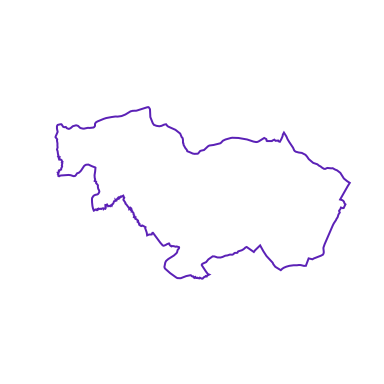 Ko Chan, Chon Buri, Thailand (Robinson projection), rotated 199°
{"feature_id": "78962969B17576291228929", "entity_name": "Ko Chan", "entity_type": "district", "adm_level": 2, "iso_a3": "THA", "parent_name": "Thailand", "parent_adm1": "Chon Buri", "projection": "robinson", "projection_center": [101.432, 13.403], "detail": "fine", "context": "isolated", "style": "outline", "palette": "violet", "viewbox_px": 384, "rotation_deg": 199, "n_neighbors": 0, "source": "geoboundaries", "source_scale": "gbopen_adm2", "svg_char_len": 6103}
<svg xmlns="http://www.w3.org/2000/svg" viewBox="0 0 384 384"><g transform="rotate(199 192 192)"><path d="M339.3,212.7L340.8,211.7L341.0,211.2L341.1,210.2L340.3,207.9L338.6,205.1L339.0,200.0L338.9,199.4L336.6,197.9L336.4,196.6L335.1,194.3L334.3,191.9L333.6,190.4L333.5,188.2L332.4,186.9L331.0,184.1L330.2,183.1L330.3,182.2L329.6,182.0L329.5,181.5L328.8,181.7L328.9,181.3L328.6,181.1L328.9,180.8L328.7,180.2L328.1,179.4L326.5,179.9L325.6,179.6L325.0,178.8L324.3,178.4L324.6,177.3L324.0,177.0L323.7,174.6L323.2,174.2L323.1,173.6L323.3,172.4L323.2,171.4L323.3,170.9L323.1,170.6L324.0,169.8L324.2,169.3L324.9,169.0L324.8,168.3L324.4,167.9L324.7,167.6L324.5,166.7L325.0,166.5L324.4,166.0L324.6,165.3L324.2,165.1L324.0,164.5L323.5,164.3L323.5,163.7L322.8,163.6L322.0,164.5L321.2,165.0L314.1,168.0L312.1,168.4L309.3,168.4L308.0,168.9L307.4,169.8L306.7,172.3L305.3,173.3L304.4,174.9L303.9,176.0L302.5,181.4L301.8,182.5L301.0,183.3L298.9,184.2L295.0,183.8L291.4,183.7L291.2,183.6L290.3,180.0L289.6,176.1L288.6,173.7L287.7,172.5L287.6,170.7L286.0,170.6L285.5,169.1L283.6,168.1L283.0,167.4L282.7,166.2L281.7,164.5L280.4,163.3L279.7,162.1L279.8,160.8L280.2,159.5L280.7,158.9L282.5,157.8L283.5,156.8L284.0,155.9L284.5,153.7L284.1,152.2L283.1,149.6L281.6,146.4L280.2,144.1L278.8,142.4L278.3,142.8L278.1,143.6L277.6,144.0L277.3,143.9L277.0,144.2L276.2,143.9L275.8,144.4L275.4,144.3L275.3,144.6L275.7,144.8L275.7,145.3L275.4,145.5L275.0,145.5L274.9,145.9L273.6,145.9L273.0,146.4L272.2,146.4L271.9,146.9L270.9,147.6L270.2,147.7L270.0,147.3L269.7,147.9L268.5,147.9L268.4,148.5L268.5,149.3L268.7,149.5L268.8,150.4L269.3,150.6L269.0,151.1L269.4,151.6L268.7,151.8L268.3,152.5L266.7,151.2L266.2,151.7L265.4,151.8L265.1,152.2L264.5,152.1L264.2,153.3L263.8,153.5L263.4,153.2L263.3,154.7L262.7,155.3L262.7,157.8L262.0,158.2L261.9,158.5L261.4,158.8L261.7,159.5L260.9,159.1L260.6,159.3L260.6,159.6L260.9,159.5L260.9,159.8L260.5,161.2L260.1,161.3L260.1,161.7L259.6,161.7L259.9,162.2L259.8,162.7L259.2,162.3L258.7,162.6L258.7,163.2L258.5,163.8L258.2,163.9L258.1,163.6L257.8,164.0L257.9,164.6L257.3,164.9L256.9,164.8L256.8,165.2L255.8,166.2L255.1,165.3L254.7,165.0L254.5,164.5L254.2,164.4L254.4,163.1L254.3,162.3L251.8,160.4L251.3,159.9L251.2,159.4L249.8,158.7L246.6,156.5L246.2,156.5L245.9,155.7L245.5,155.8L245.5,155.3L244.4,155.9L244.7,156.9L244.1,156.7L243.3,155.5L243.3,155.4L243.8,155.3L243.7,154.9L242.3,154.5L242.1,154.2L242.3,153.8L241.7,153.8L240.7,153.2L240.3,152.9L239.9,151.6L239.0,151.2L238.8,150.3L238.8,149.3L238.2,149.2L238.3,149.8L237.2,149.8L237.1,148.6L236.7,148.1L235.6,148.2L235.1,147.9L233.7,147.4L233.6,146.8L233.2,146.4L233.5,146.0L232.4,145.6L232.0,145.0L231.3,144.8L231.3,143.9L229.5,143.3L228.6,143.4L228.5,143.9L228.0,144.2L224.5,143.6L224.5,142.6L221.6,138.9L220.3,136.4L218.8,137.8L216.3,138.7L216.1,140.5L215.6,140.7L205.4,133.7L202.4,132.0L201.5,131.9L200.7,132.4L199.4,133.6L198.6,134.6L197.0,135.9L196.6,135.7L196.3,135.1L195.6,134.5L194.7,134.1L194.2,134.3L193.7,133.9L192.9,134.5L191.9,134.8L189.4,135.0L188.8,135.5L186.3,135.6L186.1,135.3L186.0,134.4L186.7,132.5L186.5,130.3L186.7,129.2L188.4,126.1L192.6,120.9L194.0,118.5L194.3,116.7L193.7,112.2L193.2,111.4L192.3,110.7L186.3,108.2L180.3,106.4L178.5,105.9L177.5,105.9L174.6,106.8L170.1,110.6L166.4,112.8L165.9,112.9L164.8,112.3L163.3,112.6L162.9,112.3L162.7,111.8L162.3,111.7L161.6,112.4L161.4,112.0L160.9,112.6L160.1,112.0L159.3,112.3L158.9,112.7L158.1,112.5L157.5,112.8L157.0,112.7L156.5,113.3L156.5,113.5L154.9,113.3L154.3,113.3L154.1,113.6L153.7,113.7L152.8,115.6L152.2,115.9L151.7,117.0L150.6,116.9L150.4,117.9L148.9,119.5L150.3,119.6L153.0,121.4L158.6,125.7L159.0,126.1L159.1,126.6L159.0,127.0L158.3,128.0L155.8,130.3L154.6,133.6L151.5,137.9L149.7,138.4L146.7,138.4L143.8,139.3L142.0,140.5L139.8,142.6L137.8,143.6L135.9,145.1L133.4,145.9L132.6,146.7L132.1,147.9L131.6,148.4L129.6,149.1L129.2,149.6L129.1,150.7L128.6,151.2L126.0,153.1L125.1,154.1L124.3,155.2L123.4,156.9L122.4,157.8L114.0,155.4L113.4,157.4L110.2,163.7L105.2,159.2L100.7,155.7L92.7,151.4L91.6,150.2L88.9,148.4L82.6,147.0L81.6,148.9L80.5,150.3L78.5,152.1L75.9,153.9L71.9,155.9L68.9,156.9L67.1,157.8L65.4,158.3L62.1,158.6L60.3,159.3L60.1,167.2L56.2,167.6L55.2,168.8L49.3,173.8L47.8,175.4L47.6,176.6L47.8,178.0L49.4,181.5L49.6,182.3L49.6,185.7L48.0,206.4L47.7,208.5L46.7,212.4L46.6,213.7L46.1,215.4L46.2,218.5L45.6,220.7L46.7,221.9L46.8,222.3L46.2,223.9L46.1,225.8L44.3,225.8L43.4,226.2L42.9,230.3L43.9,230.7L45.3,232.4L46.2,232.9L47.2,233.2L49.5,233.1L46.7,248.1L45.8,252.0L48.7,252.7L52.8,254.2L58.0,258.4L61.9,259.7L64.0,259.8L66.7,260.3L68.1,259.7L71.9,258.8L73.6,257.2L74.7,256.9L76.7,257.3L78.7,258.0L80.7,258.3L82.4,259.0L86.9,259.0L92.3,261.1L94.7,262.9L96.8,264.1L100.9,264.7L103.9,264.1L107.0,263.9L108.2,264.2L109.0,264.7L110.8,266.7L116.3,270.9L118.8,273.0L120.9,275.3L124.4,278.1L124.8,275.8L124.5,274.2L124.8,270.8L125.3,268.1L126.7,268.1L127.3,268.7L129.7,267.6L131.2,268.3L132.7,266.8L133.0,266.2L137.7,264.6L138.2,264.8L138.4,265.4L139.0,266.2L141.3,266.6L145.3,261.7L146.4,260.7L147.6,260.1L150.2,259.7L157.0,259.6L165.7,258.2L171.6,256.4L172.9,255.7L177.5,252.5L179.5,250.5L180.6,248.0L181.2,247.2L186.9,243.5L190.7,241.6L191.7,240.5L194.3,235.6L196.8,234.1L197.7,233.3L198.5,231.0L199.0,230.1L202.0,228.9L203.8,228.6L207.0,228.9L209.7,229.0L210.8,230.3L212.5,231.3L215.3,233.8L216.0,235.3L216.5,235.5L217.5,238.3L218.3,239.7L218.8,240.2L219.5,240.4L222.2,243.4L227.9,245.4L235.7,246.1L236.7,246.4L238.6,247.6L240.3,246.6L242.4,244.6L244.3,243.5L247.2,243.0L249.9,243.1L251.6,244.4L255.8,249.3L258.6,256.4L259.2,257.1L260.5,258.0L261.1,258.0L262.4,257.2L271.0,250.8L274.4,249.5L276.3,248.3L280.2,243.6L283.3,240.9L286.8,239.1L289.1,238.4L292.4,236.7L297.2,234.0L299.3,232.4L304.4,227.9L305.6,226.4L305.9,224.9L305.3,223.1L305.3,222.5L305.7,221.4L306.3,220.8L309.5,219.3L311.5,218.7L314.8,216.7L315.9,216.4L318.0,216.2L318.8,216.3L321.2,217.4L322.9,217.4L323.5,217.2L326.1,215.4L327.5,213.0L328.5,211.9L329.4,211.5L331.2,211.6L332.5,212.4L333.8,211.7L335.0,211.7L337.4,213.5L337.8,213.5L339.3,212.7Z" fill="none" stroke="#5b21b6" stroke-width="2"/></g></svg>